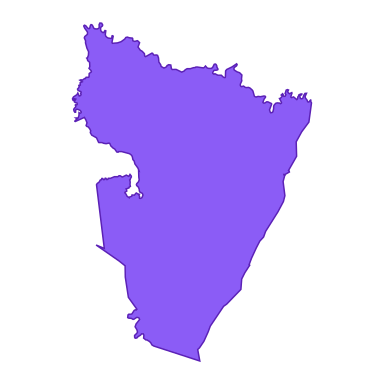 the district of San Jerónimo Coatlán, Oaxaca, Mexico
{"feature_id": "50627088B48669608540498", "entity_name": "San Jerónimo Coatlán", "entity_type": "district", "adm_level": 2, "iso_a3": "MEX", "parent_name": "Mexico", "parent_adm1": "Oaxaca", "projection": "orthographic", "projection_center": [-96.995, 16.194], "detail": "fine", "context": "isolated", "style": "filled", "palette": "violet", "viewbox_px": 384, "rotation_deg": 0, "n_neighbors": 0, "source": "geoboundaries", "source_scale": "gbopen_adm2", "svg_char_len": 5758}
<svg xmlns="http://www.w3.org/2000/svg" viewBox="0 0 384 384"><path d="M96.1,245.0L119.1,261.0L125.1,265.8L125.3,277.2L128.4,297.4L136.9,309.2L136.2,310.0L135.3,309.8L134.1,310.5L131.9,313.9L131.1,314.2L128.8,314.2L128.0,314.9L127.7,317.6L128.6,318.1L131.4,318.4L132.9,319.3L133.8,319.3L136.7,317.4L138.0,317.5L139.1,318.1L139.6,319.5L136.1,323.9L135.1,326.8L136.9,329.7L137.5,332.1L136.8,333.3L134.6,335.4L134.6,337.2L135.2,338.2L136.8,338.0L138.1,336.6L140.6,335.1L141.5,333.9L143.3,333.9L143.9,335.3L143.6,338.1L145.8,339.9L147.0,340.0L149.5,341.5L150.9,343.0L151.9,344.9L153.7,346.0L199.8,361.0L197.7,349.5L199.5,347.8L203.9,341.3L208.1,332.0L210.3,326.1L223.6,306.3L226.7,304.1L240.9,289.4L241.7,279.0L244.8,272.8L249.7,265.2L249.1,264.7L251.5,258.3L256.3,247.9L259.8,241.1L263.6,237.0L265.6,231.4L277.9,211.9L283.4,201.6L284.9,195.7L283.1,181.6L284.6,175.9L284.4,175.6L285.1,175.2L285.1,174.8L284.0,174.8L283.9,174.5L285.0,174.5L289.4,172.0L289.1,170.9L288.5,170.5L296.6,156.3L296.2,141.8L301.7,131.8L308.9,122.1L311.5,102.9L310.8,101.6L310.8,100.1L310.5,100.0L308.9,102.0L308.1,102.0L307.6,101.6L307.0,100.0L305.5,98.1L305.1,96.5L306.5,93.3L305.0,93.4L303.8,95.2L302.8,98.2L301.8,98.8L300.4,98.5L299.8,96.0L300.4,95.2L301.5,94.9L301.9,94.1L301.1,93.9L299.3,94.6L298.7,95.1L298.7,95.8L297.9,96.8L297.5,98.8L296.8,99.6L293.6,96.9L291.6,97.6L291.0,97.3L290.9,96.4L292.0,93.1L291.8,92.6L289.4,93.7L288.3,92.8L287.7,91.7L288.5,90.0L287.5,89.6L286.2,90.1L285.1,93.6L285.9,94.7L285.1,96.2L284.0,96.4L283.4,95.9L283.1,94.4L282.6,93.7L281.2,95.0L282.1,95.6L282.2,96.3L280.4,98.3L279.5,98.5L281.4,102.2L281.5,102.9L281.1,103.4L280.3,103.7L279.6,103.1L277.2,102.9L275.7,103.3L274.2,105.0L273.7,106.0L273.6,108.7L273.0,111.5L272.4,112.4L270.8,112.8L270.2,112.1L269.5,109.9L271.7,104.0L271.4,103.5L268.0,101.9L266.7,101.8L264.8,103.0L263.8,103.1L263.0,102.6L263.0,102.1L264.0,99.3L265.5,97.2L265.5,96.6L265.1,96.2L264.0,96.0L260.4,96.7L258.1,96.4L256.2,97.0L255.3,96.8L254.4,96.3L252.9,91.0L252.2,90.0L250.1,88.1L248.5,87.4L246.2,87.6L245.1,87.3L243.6,86.1L241.5,86.6L240.9,86.4L240.3,85.4L240.3,84.2L241.8,80.8L241.5,79.0L241.9,75.0L239.6,72.7L237.2,71.9L234.8,70.4L234.2,69.9L233.9,68.9L234.2,67.6L236.5,65.9L236.9,65.2L237.1,64.5L236.6,63.8L232.2,66.8L226.7,69.5L225.6,70.9L225.4,77.0L225.2,77.5L224.3,77.6L223.4,77.2L221.3,75.2L217.8,75.2L214.9,73.7L214.0,74.2L212.8,73.4L212.7,72.6L213.8,70.6L214.4,70.3L216.5,70.2L217.7,69.8L218.0,69.1L217.0,67.3L216.7,65.6L216.0,64.4L215.2,64.0L214.2,64.3L212.7,67.3L211.4,68.4L208.7,68.4L207.2,68.0L205.5,66.0L204.2,67.5L203.3,67.9L197.1,67.0L195.7,67.1L195.3,67.5L193.4,67.7L190.3,68.7L187.1,68.7L185.2,69.8L184.0,71.1L181.7,72.1L176.1,69.4L172.2,69.5L171.4,68.6L170.8,65.0L168.7,64.7L167.0,65.6L166.7,66.5L165.5,67.4L163.9,68.0L161.2,66.5L160.6,64.6L158.9,62.1L158.5,57.9L157.6,55.4L156.7,55.0L154.1,55.1L153.5,54.8L152.7,53.4L152.0,53.1L146.4,56.2L145.4,56.6L145.0,56.4L144.6,55.6L144.4,53.6L142.1,51.2L140.3,50.2L138.0,47.0L139.6,42.7L137.9,41.0L137.3,40.7L134.8,41.4L133.7,41.1L132.8,40.7L132.7,38.6L132.4,38.1L129.5,37.8L127.3,37.1L125.8,37.5L124.7,39.1L121.1,41.7L117.5,42.9L112.4,43.3L112.0,42.2L113.2,36.2L112.7,35.7L112.0,35.9L111.8,37.9L111.3,38.4L108.4,38.1L107.0,37.4L105.8,36.3L105.3,34.5L105.8,30.8L105.0,30.5L104.3,31.4L103.9,32.5L102.9,32.6L101.5,31.6L100.7,30.4L100.6,28.0L101.0,27.1L102.4,26.0L102.7,25.0L101.7,23.2L99.9,23.0L99.1,24.6L99.2,27.4L98.7,28.3L97.1,29.0L94.8,28.8L93.9,28.3L92.4,25.3L91.7,24.7L91.0,24.6L90.4,25.4L89.7,28.2L89.0,28.7L87.8,28.2L85.7,25.7L84.5,25.2L83.9,25.6L83.8,26.2L84.7,28.2L87.5,32.1L87.4,34.3L84.8,36.5L84.3,37.9L85.6,40.9L85.5,42.9L86.9,48.1L88.6,51.8L88.4,55.3L87.5,57.6L86.7,58.1L87.2,58.7L87.7,60.6L89.6,62.3L89.8,66.7L89.0,68.4L91.0,70.5L91.4,71.4L91.3,71.9L89.2,73.5L89.0,76.9L88.5,77.3L86.1,77.3L85.3,78.6L84.6,78.5L82.4,80.1L81.0,79.8L79.9,80.2L82.2,81.8L80.1,82.8L80.3,85.1L79.6,85.4L79.1,85.2L78.8,85.6L79.2,86.3L78.8,87.6L77.5,89.1L77.9,90.2L80.0,91.4L80.6,91.4L81.2,92.2L80.6,93.5L81.1,94.3L80.6,95.5L79.2,96.0L77.8,93.0L77.0,94.6L73.5,96.9L72.5,98.7L72.7,99.7L73.2,100.4L73.8,100.3L74.2,98.7L75.8,99.1L74.3,101.5L74.4,101.9L75.4,102.6L77.0,103.0L77.3,104.0L77.1,104.6L76.7,104.8L75.4,104.8L75.3,105.1L75.8,106.2L75.7,106.9L74.1,108.6L73.7,109.6L74.1,111.2L74.9,112.3L75.6,112.2L75.7,110.0L76.7,109.2L77.6,109.3L80.0,110.3L81.1,111.6L81.2,112.3L80.9,112.9L79.9,113.3L79.0,112.7L79.0,115.2L78.2,117.9L75.8,118.0L77.0,118.9L75.0,120.8L74.9,121.3L75.3,121.5L84.4,117.4L85.9,120.0L87.0,122.8L86.1,125.6L86.8,126.4L88.2,126.9L89.7,128.8L90.7,130.7L90.3,132.7L91.8,135.2L96.5,137.8L98.5,142.2L98.9,142.6L102.0,142.6L103.7,143.3L106.1,143.7L109.0,143.1L109.8,143.5L110.8,145.9L113.2,148.2L114.7,149.0L116.8,152.0L118.1,152.2L118.7,151.6L121.7,151.6L129.5,153.7L131.5,155.2L132.3,156.7L132.9,159.6L134.2,161.1L134.9,163.9L138.0,168.2L139.0,170.9L138.6,170.7L138.8,177.1L139.2,179.9L138.4,181.9L136.8,183.6L136.4,184.6L136.7,185.6L138.2,186.9L139.1,188.8L139.4,191.1L139.9,192.1L142.2,193.3L142.8,194.3L142.9,195.4L141.9,197.7L140.5,198.4L139.6,198.3L139.4,197.9L139.6,196.6L138.8,194.8L139.3,194.3L137.3,193.7L136.6,193.0L135.8,193.3L134.5,195.1L132.0,195.0L131.7,196.3L129.3,197.1L129.2,197.7L127.1,196.3L126.0,194.1L124.9,192.8L124.9,192.3L126.8,191.1L126.5,189.6L126.1,188.9L129.0,187.9L129.1,187.2L130.4,186.4L130.0,184.4L130.2,182.0L129.7,180.0L130.1,179.9L130.5,178.5L131.4,176.9L131.2,175.9L130.0,174.4L128.8,176.4L126.3,175.1L122.7,176.9L122.0,176.9L120.3,175.8L119.1,175.7L117.8,176.7L114.4,176.7L110.5,178.3L108.3,178.3L107.8,179.3L106.9,179.6L105.8,178.2L105.2,178.2L104.6,179.5L103.5,179.6L102.7,178.5L101.8,178.5L101.4,179.7L100.3,180.0L99.1,182.1L97.2,183.5L96.5,184.7L104.3,248.4L96.1,245.0Z" fill="#8b5cf6" stroke="#5b21b6" stroke-width="1.5"/></svg>